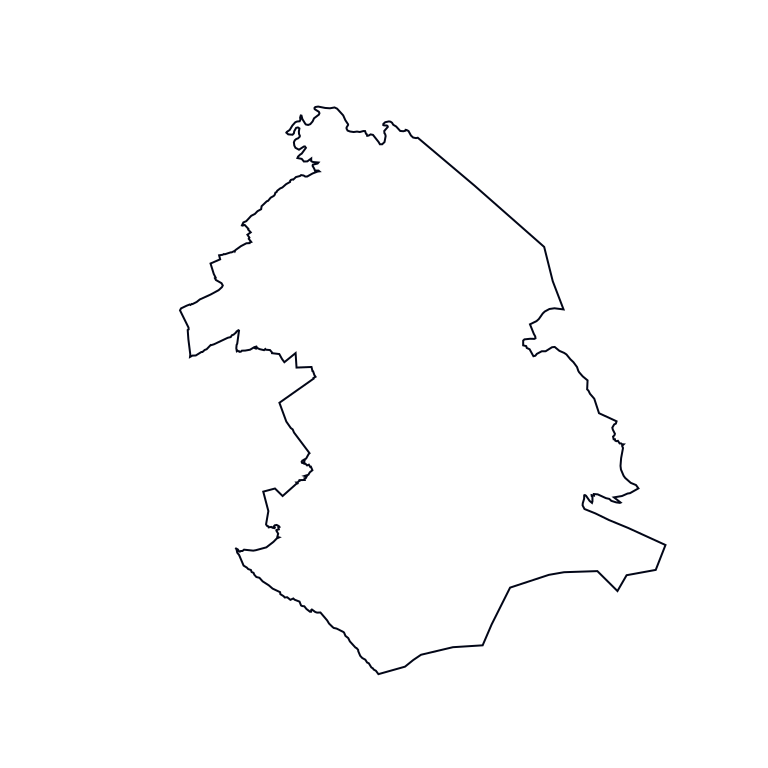 the district of Tlahuapan, Puebla, Mexico, rotated 157°
{"feature_id": "50627088B76497892833902", "entity_name": "Tlahuapan", "entity_type": "district", "adm_level": 2, "iso_a3": "MEX", "parent_name": "Mexico", "parent_adm1": "Puebla", "projection": "albers", "projection_center": [-98.56, 19.351], "detail": "fine", "context": "isolated", "style": "outline", "palette": "ink", "viewbox_px": 768, "rotation_deg": 157, "n_neighbors": 0, "source": "geoboundaries", "source_scale": "gbopen_adm2", "svg_char_len": 6166}
<svg xmlns="http://www.w3.org/2000/svg" viewBox="0 0 768 768"><g transform="rotate(157 384 384)"><path d="M223.2,531.3L256.7,597.5L258.4,597.8L260.9,599.5L262.1,602.2L262.6,607.3L264.0,609.0L264.8,609.5L265.3,608.8L267.4,609.1L270.2,610.6L272.2,616.3L274.2,619.0L274.5,621.3L275.5,622.9L276.9,623.8L280.6,624.5L282.9,623.7L283.5,622.7L282.9,622.0L280.5,620.9L280.0,620.3L280.0,619.2L284.9,616.8L285.6,614.7L285.3,613.4L285.6,611.6L289.0,606.5L292.0,605.4L294.1,606.3L294.4,608.8L296.8,617.6L298.8,619.0L301.0,618.7L302.5,619.0L302.3,620.7L302.8,621.4L302.6,624.2L304.1,624.9L307.8,625.4L310.2,626.9L313.5,627.8L316.6,629.7L318.5,631.5L318.7,633.7L318.2,634.8L315.8,636.5L315.6,637.1L316.5,641.9L316.6,647.2L319.6,655.8L321.5,657.9L326.0,658.9L330.3,661.1L336.2,665.1L339.0,665.8L340.2,665.2L340.4,664.0L337.6,660.0L337.6,658.5L338.7,657.4L344.6,655.9L347.1,653.6L350.3,652.0L352.6,652.1L354.5,653.4L354.8,654.3L355.6,659.7L355.1,663.3L355.7,663.7L357.1,662.0L357.7,659.9L359.0,658.8L361.5,659.6L363.4,659.6L367.4,657.7L371.5,654.7L375.0,654.0L375.7,653.5L374.6,651.2L370.8,649.2L369.1,649.9L367.8,651.8L364.8,654.1L363.0,653.8L362.0,652.3L363.7,649.7L364.5,647.5L364.5,645.2L365.1,644.5L367.2,643.7L369.0,643.8L370.9,643.2L372.5,641.7L373.4,638.5L373.2,636.0L370.7,632.9L365.0,633.9L364.0,633.6L363.6,631.9L369.8,628.2L371.4,628.0L374.3,626.9L375.4,625.8L371.8,623.4L370.8,620.1L367.6,618.9L362.9,620.0L363.9,617.8L363.6,617.1L362.5,616.0L357.8,613.5L359.0,612.9L363.8,613.7L364.5,612.7L364.1,609.4L364.2,607.4L360.9,606.0L360.4,605.0L362.0,605.5L367.5,605.7L373.7,605.0L375.5,605.8L376.5,607.3L378.7,608.7L380.1,608.3L384.2,608.9L387.7,607.6L388.3,608.1L390.0,608.2L391.0,607.7L391.5,606.7L396.0,606.2L400.8,604.6L403.1,604.6L406.8,603.6L408.0,602.6L409.2,602.6L410.6,600.9L412.0,600.2L415.5,599.8L419.2,597.9L420.5,598.0L427.2,595.5L428.8,592.9L432.9,592.5L436.4,591.0L440.5,590.7L447.2,587.7L450.3,587.7L452.8,585.5L452.2,585.0L450.1,584.9L448.2,579.8L448.7,579.2L447.4,575.7L451.4,574.8L450.7,571.3L451.8,570.5L450.7,566.6L452.4,566.7L452.7,566.2L455.7,567.3L461.8,566.8L468.5,565.3L469.5,564.4L469.6,564.9L472.7,564.7L473.9,565.1L479.8,565.6L480.6,566.2L482.0,566.0L485.5,566.9L486.1,562.8L496.6,562.7L497.7,551.8L497.4,547.6L498.3,547.5L498.1,545.4L494.2,540.3L493.9,537.7L495.3,536.5L499.5,535.0L508.7,534.1L520.5,533.8L524.4,532.7L529.1,532.4L529.7,532.8L531.3,532.4L531.8,533.1L535.0,533.2L541.3,532.9L543.0,531.5L541.9,512.3L542.5,510.6L543.6,510.4L546.6,501.6L550.8,486.8L552.0,484.7L549.3,485.0L546.1,483.8L539.6,484.8L538.6,484.4L535.7,485.4L533.7,485.3L528.3,487.6L528.0,487.3L525.2,487.0L509.7,487.6L506.8,487.1L505.0,488.3L503.2,488.2L499.9,489.3L499.4,489.9L497.0,490.4L496.6,489.8L503.4,478.4L504.4,477.6L506.0,474.6L506.6,472.0L505.9,472.3L505.4,471.0L504.7,470.9L504.3,470.0L503.1,469.7L501.8,470.2L498.7,469.0L493.9,467.9L489.0,468.6L486.0,468.2L488.9,467.5L487.9,466.5L486.5,466.6L485.0,464.8L481.2,462.0L479.6,462.6L479.3,461.7L475.7,459.8L474.7,456.6L475.0,456.1L468.7,452.5L468.1,446.8L467.2,443.0L453.3,447.0L458.1,433.3L444.1,428.0L444.8,423.8L444.3,423.4L444.6,419.5L444.2,417.4L446.6,417.1L446.7,416.4L447.8,416.2L487.6,407.6L488.6,387.6L487.0,379.9L485.8,377.9L485.8,374.5L479.6,349.4L480.7,349.0L484.8,345.8L487.2,345.6L487.1,344.8L489.0,345.4L490.2,344.6L490.3,343.5L489.3,342.7L488.1,342.9L488.4,341.6L487.9,341.4L487.9,341.9L487.5,341.4L486.6,339.1L484.7,339.1L484.3,336.5L483.6,336.4L483.6,332.6L486.8,331.7L489.1,330.0L493.0,330.4L491.4,329.0L492.8,327.9L494.0,328.3L494.4,326.6L499.3,328.5L499.6,327.8L500.4,327.9L501.9,327.1L503.0,327.5L502.6,326.3L503.9,326.3L521.1,320.5L525.2,330.4L537.2,332.1L540.1,312.2L547.4,300.9L547.2,299.3L546.1,298.1L546.2,297.1L543.6,296.5L542.9,295.3L541.1,294.1L540.7,294.5L542.1,295.4L539.8,296.6L537.9,296.2L536.4,294.4L536.1,293.3L537.3,293.3L537.6,291.3L540.0,291.6L540.4,291.1L539.9,287.6L541.9,285.0L540.5,283.8L543.1,283.7L547.4,281.9L556.1,279.6L567.0,281.1L569.5,281.7L577.6,286.2L579.5,285.6L581.0,286.2L582.2,286.0L582.8,286.6L583.2,288.8L585.0,291.1L584.3,289.7L585.0,286.1L584.2,283.2L584.2,271.7L582.0,268.6L581.3,266.7L579.2,264.8L579.3,262.6L577.9,261.2L577.9,259.1L576.9,256.2L574.4,254.3L572.8,249.7L568.7,243.7L566.5,239.2L561.0,233.0L561.5,231.0L559.3,227.9L558.8,226.3L556.4,225.5L554.5,221.9L551.3,222.0L550.6,220.4L546.8,216.7L546.9,212.6L546.1,211.6L544.2,210.5L543.3,207.2L541.1,203.3L540.1,202.9L539.3,204.4L538.5,204.6L536.3,200.9L534.9,199.7L531.8,198.5L528.7,188.6L528.2,185.0L526.3,180.4L525.6,179.1L523.2,177.4L518.2,171.5L517.9,170.7L517.9,167.2L516.2,164.1L516.0,160.4L513.2,152.4L512.5,151.8L511.7,149.4L512.1,148.1L512.1,143.1L511.1,140.3L508.9,137.5L508.4,134.3L507.1,132.8L506.4,128.1L505.3,126.5L505.1,125.2L503.5,123.2L502.5,119.1L475.1,115.6L464.9,118.5L455.7,120.3L423.4,114.8L395.3,104.9L378.9,120.6L347.5,147.3L306.8,143.9L291.8,140.4L260.7,128.4L250.0,102.2L235.4,113.2L206.5,106.7L187.8,125.8L215.5,156.1L230.1,170.9L240.0,182.3L248.3,190.6L248.6,194.7L247.6,196.6L244.6,200.2L243.2,203.3L242.5,203.3L241.7,202.2L240.4,196.0L239.0,193.3L238.0,194.5L236.3,198.4L236.6,199.7L236.3,200.6L234.3,199.2L233.8,200.7L230.4,198.9L224.3,192.2L221.5,190.2L220.4,187.6L216.5,184.3L213.3,182.4L212.5,182.4L216.6,189.8L208.7,187.9L202.6,188.0L200.2,187.4L190.6,188.5L191.5,192.5L195.5,196.6L198.7,203.3L199.3,205.9L199.3,212.7L198.3,216.2L194.7,223.1L189.0,231.7L189.0,234.0L187.0,234.8L188.4,235.5L189.0,236.7L190.3,237.2L190.9,240.3L192.5,240.6L193.3,241.6L193.0,242.9L194.2,243.4L193.7,246.1L192.0,246.7L190.9,247.9L191.2,252.7L190.9,254.6L188.0,256.8L186.0,257.0L184.5,258.8L197.5,273.1L196.2,288.3L198.2,294.5L198.4,298.0L199.1,299.7L195.2,307.8L198.1,313.4L199.8,318.6L200.0,320.3L199.7,324.2L201.1,330.1L202.8,334.0L204.5,339.9L206.0,342.2L209.6,346.0L212.4,351.4L215.0,352.2L222.4,351.0L226.0,352.5L231.6,352.0L233.6,350.9L235.6,351.2L236.4,359.1L238.5,361.4L238.3,363.3L240.8,365.2L238.9,369.6L237.3,370.2L231.7,368.5L228.0,366.8L226.7,366.9L226.2,368.7L226.5,371.6L226.3,381.9L219.0,382.3L216.1,383.3L210.3,386.9L207.7,387.9L202.4,388.4L197.5,387.1L189.6,382.5L188.5,412.7L183.0,447.6L223.2,531.3Z" fill="none" stroke="#020617" stroke-width="2"/></g></svg>